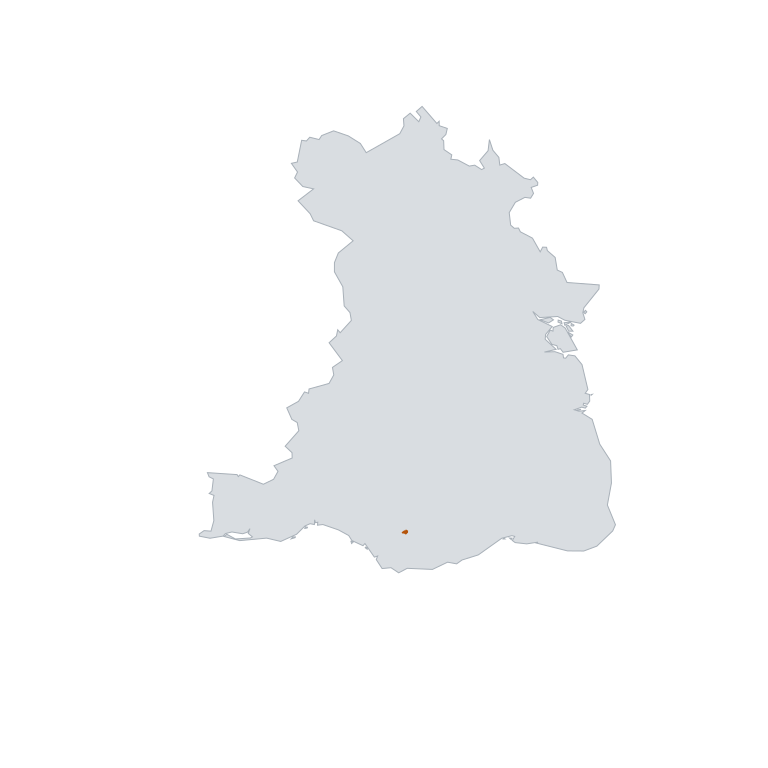 location of Caeté, Minas Gerais, Brazil, rotated 58°
{"feature_id": "56859067B10298229878474", "entity_name": "Caeté", "entity_type": "district", "adm_level": 2, "iso_a3": "BRA", "parent_name": "Brazil", "parent_adm1": "Minas Gerais", "projection": "albers", "projection_center": [-43.645, -19.886], "detail": "fine", "context": "in_parent", "style": "filled", "palette": "amber", "viewbox_px": 768, "rotation_deg": 58, "n_neighbors": 0, "source": "geoboundaries", "source_scale": "gbopen_adm2", "svg_char_len": 4820}
<svg xmlns="http://www.w3.org/2000/svg" viewBox="0 0 768 768"><g transform="rotate(58 384 384)"><path d="M209.3,204.5L217.0,208.9L225.6,205.1L228.8,208.2L233.1,202.7L244.4,196.2L246.5,191.1L253.9,187.6L254.1,184.5L245.2,184.5L241.3,172.1L232.6,165.1L243.5,167.8L252.7,166.5L259.7,169.8L261.1,164.7L283.7,156.1L288.4,151.5L287.7,147.7L294.6,146.8L296.8,148.4L295.3,155.0L301.6,156.2L304.1,161.2L300.4,165.6L299.5,176.3L305.0,187.0L316.4,192.4L321.0,191.0L323.0,187.3L327.2,187.7L339.0,180.8L354.7,181.5L352.0,176.9L354.2,173.7L357.4,174.8L367.4,171.8L379.2,176.7L383.9,173.6L394.9,175.0L414.0,149.0L417.4,151.4L425.3,174.1L428.9,177.6L435.7,179.4L436.7,185.2L425.7,196.9L418.8,200.9L410.2,216.7L401.3,219.4L410.8,219.4L424.4,210.9L427.6,220.7L431.5,223.6L445.8,219.7L441.9,231.0L447.2,221.9L453.7,216.5L457.0,217.9L458.4,216.3L457.0,212.2L461.3,207.2L472.5,205.8L496.7,214.0L498.5,218.3L501.8,215.3L507.5,218.6L509.0,222.3L506.1,224.9L507.4,226.2L510.4,223.7L511.1,226.1L508.4,228.6L506.7,236.3L510.4,233.1L513.1,227.4L513.6,231.5L524.3,226.2L549.3,232.9L569.3,232.6L588.5,243.6L605.0,258.7L626.0,262.3L629.8,267.9L634.3,289.4L631.5,303.1L622.8,316.8L599.6,339.1L599.7,337.2L595.2,347.7L588.0,356.8L584.7,358.1L582.5,353.9L580.4,355.9L577.2,365.8L578.9,394.6L574.6,411.1L575.0,417.7L568.8,424.5L566.9,441.2L552.6,462.0L551.9,471.6L543.5,475.4L539.5,483.4L528.8,483.6L526.5,480.5L525.7,483.9L509.2,484.7L510.0,487.5L499.7,494.2L493.8,494.2L483.5,500.0L470.8,510.3L468.5,515.2L466.1,513.4L465.3,515.6L462.4,514.8L466.3,517.5L463.3,520.7L462.5,526.1L465.1,537.7L462.8,555.0L452.5,565.2L440.4,589.3L428.6,600.4L428.2,596.9L436.7,592.1L443.8,578.9L443.9,576.6L438.8,578.3L435.6,574.3L437.3,578.3L436.1,583.2L428.9,591.4L426.8,597.7L427.7,601.1L422.6,613.3L415.2,621.2L413.3,620.2L413.0,614.3L417.1,608.7L409.7,600.7L393.5,592.1L388.4,587.2L384.2,590.3L383.5,586.6L374.1,579.0L370.0,581.5L365.6,580.7L383.0,556.6L385.3,556.6L384.7,554.4L405.1,539.4L406.3,528.1L401.9,520.2L395.0,520.6L398.1,501.1L393.5,498.4L384.4,500.8L378.5,481.0L370.7,478.0L365.2,480.9L352.7,479.1L353.4,465.7L348.6,455.6L351.9,452.9L348.5,450.2L354.4,430.3L349.7,421.8L342.6,418.9L342.1,406.9L319.9,408.7L318.1,398.9L313.5,394.5L317.3,394.0L312.8,378.0L305.4,375.0L296.7,376.4L279.7,367.4L262.6,366.6L254.8,361.7L248.7,353.3L246.2,334.3L231.7,338.6L208.3,357.2L200.5,356.4L183.1,359.8L181.2,340.3L173.5,348.2L161.9,350.6L158.4,345.0L147.8,345.6L149.8,339.9L133.7,324.7L136.8,321.0L135.4,316.2L142.3,309.5L140.3,305.2L142.6,292.6L154.7,282.8L167.5,276.6L178.4,276.5L180.1,238.0L175.7,230.3L169.3,226.9L168.2,218.3L180.0,215.5L177.1,211.2L170.0,212.2L168.8,204.6L191.1,201.1L190.4,198.0L194.2,200.3L200.8,194.9L205.2,199.3L206.6,205.3L209.3,204.5ZM432.6,200.7L457.5,202.0L452.0,215.3L447.5,215.7L446.8,218.0L443.1,217.1L439.3,220.6L430.0,220.9L426.4,214.5L428.7,212.7L425.7,210.5L427.4,202.8L432.6,200.7ZM412.3,217.4L415.6,207.8L419.4,206.3L419.4,212.1L412.3,217.4ZM439.3,195.8L437.0,199.4L431.3,198.8L432.1,196.5L439.3,195.8ZM430.6,192.3L430.0,199.5L427.5,198.8L430.6,192.3ZM443.4,200.2L439.8,200.7L438.2,200.2L442.5,197.9L443.4,200.2ZM427.2,201.1L423.7,203.6L422.1,202.4L424.7,200.2L427.2,201.1ZM433.7,194.5L431.9,193.1L434.8,191.6L435.1,192.9L433.7,194.5ZM431.0,176.2L428.9,176.6L428.3,174.1L430.3,173.8L431.0,176.2ZM466.1,544.8L465.4,542.4L466.7,540.2L467.2,540.8L466.1,544.8ZM501.6,493.3L502.1,496.0L499.9,495.4L501.6,493.3ZM464.5,527.7L463.5,526.3L464.9,524.8L465.4,525.4L464.5,527.7ZM509.8,231.5L508.3,234.3L509.8,230.4L509.8,231.5ZM583.4,358.5L581.1,359.2L582.6,357.1L583.4,358.5ZM515.2,485.8L512.9,486.7L512.5,486.2L513.8,484.9L515.2,485.8ZM579.5,363.5L578.6,365.1L578.1,364.1L579.5,363.5ZM503.1,212.9L503.3,214.4L502.6,214.1L503.1,212.9Z" fill="#d9dde1" stroke="#a8b0b8" stroke-width="1"/><path d="M522.1,443.0L522.1,442.9L521.9,442.8L521.8,442.7L521.7,442.7L521.6,442.8L521.4,442.9L521.4,443.0L521.3,442.9L521.3,442.7L521.4,442.4L521.2,442.3L521.1,442.2L520.9,442.3L521.0,442.4L520.9,442.5L520.7,442.6L520.4,442.6L520.2,442.6L520.0,442.8L520.2,443.0L520.3,443.1L520.3,443.3L520.3,443.5L520.5,443.7L520.5,443.8L520.4,443.8L520.2,443.8L520.0,444.0L519.9,444.2L519.9,444.3L520.0,444.4L520.0,444.5L519.9,444.6L519.7,444.5L519.6,444.8L519.7,445.0L519.8,445.1L519.8,445.3L519.9,445.5L519.7,445.8L519.7,446.0L519.8,446.1L519.8,446.3L519.8,446.5L519.8,446.8L520.0,446.9L520.0,447.0L520.3,447.0L520.2,447.0L520.2,446.9L520.2,446.7L520.3,446.7L520.4,446.4L520.5,446.3L520.5,446.2L520.7,445.9L520.8,445.8L520.8,445.7L521.0,445.5L521.1,445.4L521.3,445.4L521.4,445.2L521.5,445.2L521.8,445.2L522.0,445.1L522.3,445.0L522.3,444.9L522.3,444.7L522.2,444.7L522.3,444.6L522.2,444.5L522.3,444.4L522.2,444.3L522.2,444.2L522.3,444.0L522.3,443.9L522.2,443.8L522.2,443.7L522.1,443.4L522.1,443.2L522.1,443.0Z" fill="#f59e0b" stroke="#b45309" stroke-width="1.5"/></g></svg>